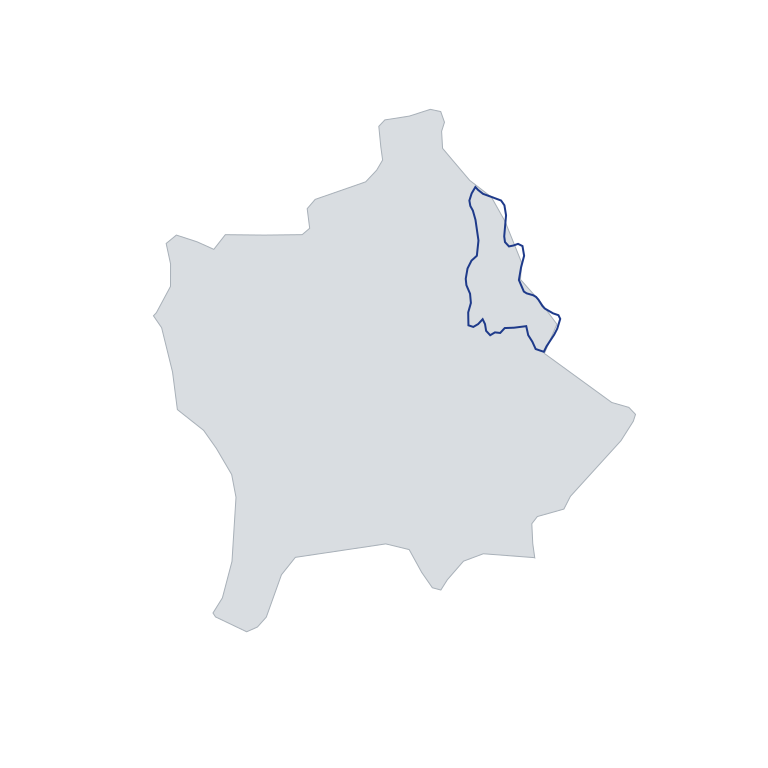 Podujevo highlighted on a map of Kosovo, rotated 17°
{"feature_id": "KOS-5901", "entity_name": "Podujevo", "entity_type": "District", "adm_level": 1, "iso_a3": "XKX", "parent_name": "Kosovo", "parent_adm1": "", "projection": "albers", "projection_center": [21.187, 42.93], "detail": "fine", "context": "in_parent", "style": "outline", "palette": "blue", "viewbox_px": 768, "rotation_deg": 17, "n_neighbors": 0, "source": "natural_earth", "source_scale": "10m", "svg_char_len": 1823}
<svg xmlns="http://www.w3.org/2000/svg" viewBox="0 0 768 768"><g transform="rotate(17 384 384)"><path d="M226.0,276.6L262.1,265.1L267.4,256.8L259.3,238.8L264.2,227.6L307.4,196.0L314.5,181.6L317.2,170.2L311.6,158.1L303.7,139.1L307.6,131.2L329.9,120.4L348.0,107.8L358.6,106.9L365.3,116.0L365.2,125.5L371.1,141.5L384.4,150.1L406.4,164.2L432.1,173.9L452.2,193.1L479.8,227.3L484.0,244.2L508.8,259.3L531.9,276.3L528.4,307.9L607.2,335.1L625.0,334.8L633.4,339.5L633.3,346.7L627.2,368.9L595.1,436.9L592.6,451.0L569.4,465.9L566.2,474.4L572.9,493.1L579.0,506.2L578.5,506.1L528.6,517.3L511.8,530.2L501.8,552.7L498.6,564.4L489.8,564.7L475.1,553.1L456.5,535.0L432.4,536.4L349.9,575.7L341.7,596.4L339.6,641.3L334.0,653.4L325.1,661.1L291.0,656.0L287.4,653.0L292.0,635.8L290.5,598.1L275.6,535.6L264.8,515.1L242.5,494.6L225.1,481.1L193.9,468.9L178.3,434.4L154.9,395.2L143.6,386.2L145.5,382.3L151.3,353.1L144.8,331.6L134.6,313.3L141.9,302.3L163.8,302.7L181.9,305.0L188.6,287.6L226.0,276.6Z" fill="#d9dde1" stroke="#a8b0b8" stroke-width="1"/><path d="M413.8,168.9L417.2,170.9L423.1,173.2L442.3,174.3L446.9,177.9L451.4,187.0L455.8,207.7L458.2,212.9L463.3,215.9L467.3,213.7L471.2,210.8L476.1,211.6L480.5,220.4L481.0,232.6L482.6,245.1L490.7,254.7L493.9,255.6L500.7,255.5L504.0,256.3L507.0,258.2L512.6,263.0L515.6,264.8L524.9,267.0L530.7,267.2L533.5,270.2L533.5,272.3L533.5,280.5L532.3,287.1L528.4,300.4L527.4,306.5L518.8,306.2L513.5,300.2L507.6,295.1L503.1,287.1L492.0,292.1L483.1,295.2L480.2,301.2L475.0,302.2L471.3,306.3L466.1,303.3L463.1,297.2L459.4,293.2L456.5,299.2L452.7,303.3L447.6,303.2L445.3,296.2L443.6,290.9L443.4,281.1L439.9,272.5L433.9,265.4L431.4,259.5L430.1,249.1L431.6,240.4L435.3,234.2L432.4,219.2L423.5,200.3L418.3,192.2L414.5,188.5L412.0,183.6L412.1,176.1L413.8,168.9Z" fill="none" stroke="#1e3a8a" stroke-width="2"/></g></svg>